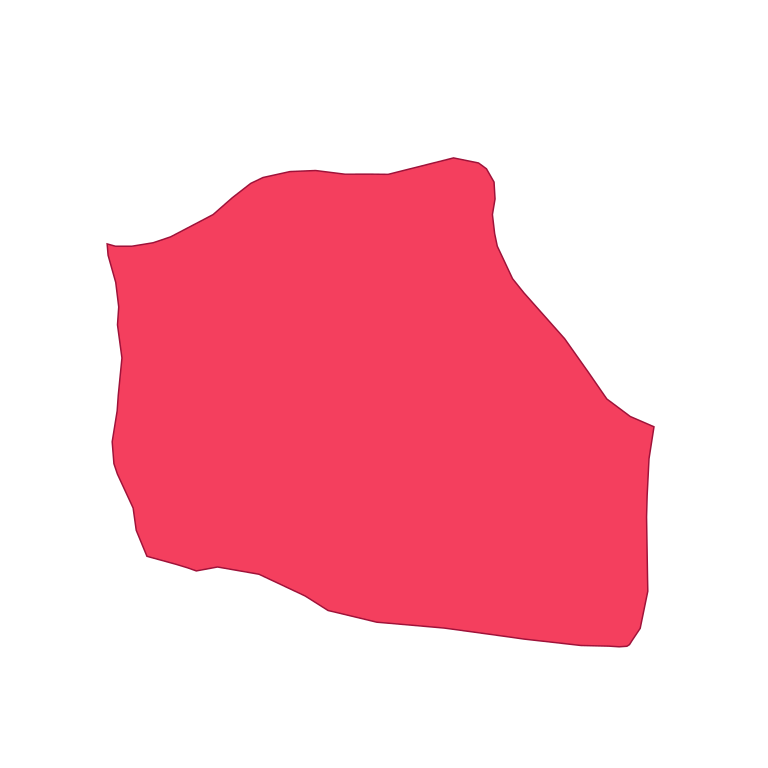 the district of Chinique, Quiché, Guatemala, rotated 191°
{"feature_id": "79465075B24163547134196", "entity_name": "Chinique", "entity_type": "district", "adm_level": 2, "iso_a3": "GTM", "parent_name": "Guatemala", "parent_adm1": "Quiché", "projection": "albers", "projection_center": [-91.02, 15.068], "detail": "fine", "context": "isolated", "style": "filled", "palette": "rose", "viewbox_px": 768, "rotation_deg": 191, "n_neighbors": 0, "source": "geoboundaries", "source_scale": "gbopen_adm2", "svg_char_len": 969}
<svg xmlns="http://www.w3.org/2000/svg" viewBox="0 0 768 768"><g transform="rotate(191 384 384)"><path d="M682.5,468.7L679.4,457.7L666.7,432.5L659.1,409.0L656.9,391.2L646.2,359.5L642.7,322.2L640.8,306.7L639.8,275.4L633.9,254.2L628.5,244.7L606.6,214.4L599.3,193.1L583.8,169.6L553.5,167.3L541.9,166.1L532.6,164.7L512.5,172.6L470.5,173.4L421.1,160.9L395.7,151.0L345.6,148.8L336.3,149.8L278.4,155.9L210.3,159.7L198.2,160.3L140.8,164.9L113.2,169.6L103.0,170.9L95.5,172.9L93.3,175.0L91.8,178.9L85.9,193.0L85.5,230.9L88.4,244.4L100.9,303.6L104.4,324.7L109.6,361.2L110.8,393.5L136.1,399.1L162.4,411.8L185.3,434.2L215.3,462.9L264.1,500.2L277.9,511.9L299.1,540.9L304.1,552.8L309.9,571.0L310.3,586.8L314.5,603.2L324.5,614.8L333.4,619.0L358.9,619.2L419.9,590.6L437.4,587.4L462.3,582.5L491.9,580.5L516.8,574.6L542.2,563.6L553.1,555.5L568.3,538.1L584.1,517.7L621.6,487.7L637.6,478.6L657.9,471.1L673.8,468.0L682.5,468.7Z" fill="#f43f5e" stroke="#9f1239" stroke-width="1.5"/></g></svg>